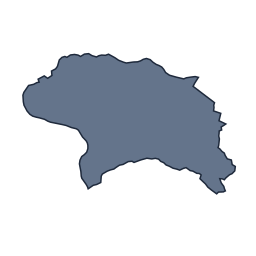 Leópolis, Paraná, Brazil, rotated 257°
{"feature_id": "56859067B94954810830585", "entity_name": "Leópolis", "entity_type": "district", "adm_level": 2, "iso_a3": "BRA", "parent_name": "Brazil", "parent_adm1": "Paraná", "projection": "orthographic", "projection_center": [-50.726, -23.018], "detail": "fine", "context": "isolated", "style": "filled", "palette": "slate", "viewbox_px": 256, "rotation_deg": 257, "n_neighbors": 0, "source": "geoboundaries", "source_scale": "gbopen_adm2", "svg_char_len": 1996}
<svg xmlns="http://www.w3.org/2000/svg" viewBox="0 0 256 256"><g transform="rotate(257 128 128)"><path d="M77.7,75.5L80.0,81.3L80.0,84.7L81.0,89.2L87.1,91.1L88.9,92.6L90.6,98.0L91.1,101.5L91.2,105.1L92.2,107.3L93.7,111.3L93.6,115.0L95.2,120.6L94.7,124.4L93.1,126.1L94.0,133.2L94.3,139.6L92.5,144.2L92.3,147.8L90.8,150.8L88.1,152.4L86.2,155.0L83.4,156.8L81.5,159.6L78.7,162.8L76.9,166.4L75.3,168.9L76.2,173.0L76.3,175.7L72.5,179.0L71.4,181.5L68.4,184.8L67.6,187.3L65.8,188.7L62.4,186.7L58.9,189.0L56.1,190.9L52.4,192.5L48.6,195.5L43.9,199.6L45.2,201.7L44.3,206.5L44.8,208.7L47.3,208.3L49.6,208.2L53.5,206.5L58.0,206.0L57.2,208.5L55.9,210.2L57.4,212.2L59.6,216.4L60.1,219.1L62.2,222.4L66.4,223.9L68.9,221.3L73.6,221.5L75.6,217.8L79.4,216.5L81.9,216.2L84.0,214.3L87.1,212.7L88.6,211.3L90.5,212.4L96.8,214.6L99.8,214.6L102.2,215.5L104.6,216.2L105.0,218.8L108.0,219.0L109.0,221.9L109.9,224.2L114.6,218.3L121.4,221.7L125.4,215.2L128.6,216.4L131.0,216.7L133.2,218.0L153.9,200.8L156.5,202.9L161.5,208.0L163.0,205.0L163.5,200.3L163.8,196.1L163.3,193.4L166.7,186.5L170.1,180.3L173.6,177.1L177.1,176.0L179.8,174.6L181.9,172.3L183.6,169.8L186.6,167.0L189.6,165.0L191.6,161.6L191.5,158.3L190.6,155.4L190.3,152.3L191.1,148.0L191.7,141.0L193.1,138.5L196.1,134.1L199.4,131.1L204.3,125.6L203.9,122.4L205.0,118.7L205.0,115.9L204.3,113.3L206.6,109.2L209.3,106.4L209.8,102.1L208.4,97.9L210.3,95.7L211.7,92.4L212.1,88.3L210.6,84.4L211.9,82.6L211.7,79.6L209.8,76.4L206.4,74.5L203.9,73.1L201.9,70.8L200.7,66.3L196.3,65.7L194.5,60.9L197.6,58.1L195.8,51.4L192.7,51.7L192.7,49.3L191.8,46.0L191.8,40.7L186.2,34.6L183.6,33.0L177.0,31.9L173.5,31.8L167.2,33.5L163.4,35.5L161.0,37.8L159.2,41.0L157.8,44.0L155.2,48.7L152.7,51.4L151.1,53.8L146.2,64.6L144.4,68.3L141.2,72.9L138.8,77.6L137.0,79.2L129.4,81.7L125.0,84.3L122.7,85.0L120.1,85.0L117.0,84.3L113.7,82.3L111.9,79.5L110.6,76.5L107.5,74.0L104.0,72.6L96.2,72.3L91.6,71.6L89.4,71.7L82.6,74.5L79.9,75.3L77.7,75.5Z" fill="#64748b" stroke="#1e293b" stroke-width="1.5"/></g></svg>